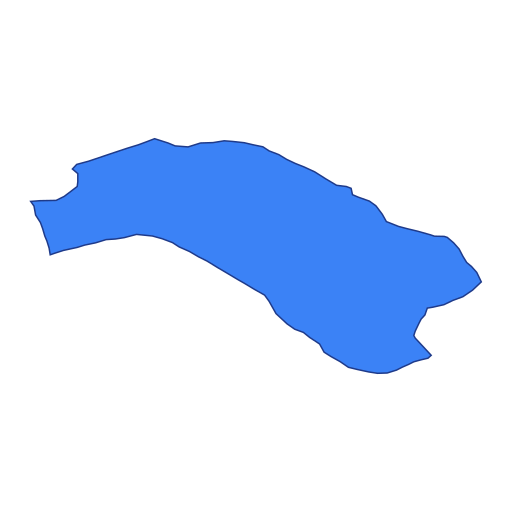 the district of Tyresö, Stockholm, Sweden
{"feature_id": "70781695B80728861937235", "entity_name": "Tyresö", "entity_type": "district", "adm_level": 2, "iso_a3": "SWE", "parent_name": "Sweden", "parent_adm1": "Stockholm", "projection": "natural_earth1", "projection_center": [18.293, 59.209], "detail": "fine", "context": "isolated", "style": "filled", "palette": "blue", "viewbox_px": 512, "rotation_deg": 0, "n_neighbors": 0, "source": "geoboundaries", "source_scale": "gbopen_adm2", "svg_char_len": 1583}
<svg xmlns="http://www.w3.org/2000/svg" viewBox="0 0 512 512"><path d="M431.2,355.3L415.2,338.1L413.8,335.5L415.2,331.2L419.0,323.2L421.1,319.1L424.9,315.0L427.3,308.1L432.8,307.2L443.9,304.7L452.9,300.4L462.9,296.7L472.6,290.1L481.3,281.9L479.2,277.5L476.8,272.5L471.6,266.6L466.7,262.5L462.9,256.3L459.1,249.0L453.6,242.8L447.3,237.4L444.2,236.4L434.5,236.2L430.4,234.8L417.6,231.2L407.2,228.7L398.5,226.4L386.4,221.6L382.3,214.3L376.0,205.9L369.4,201.1L358.4,197.2L352.5,194.7L351.1,188.3L346.3,186.5L336.6,185.3L325.5,178.7L314.8,171.9L304.0,166.9L295.4,163.5L286.7,159.4L278.8,154.6L269.1,150.9L262.9,146.8L253.2,144.8L244.2,142.7L232.1,141.4L224.2,140.8L213.0,142.6L200.5,143.0L188.1,146.9L175.1,145.9L168.1,143.0L154.6,138.7L147.0,141.6L138.4,144.8L127.0,148.3L110.8,153.7L88.6,161.2L76.7,164.4L72.7,168.7L72.4,169.0L77.8,173.6L77.8,181.8L77.2,186.5L64.2,196.4L56.1,200.4L39.9,200.7L30.7,201.4L31.0,201.8L34.0,206.1L35.6,215.0L40.4,222.5L42.6,228.5L44.8,236.0L46.9,241.0L49.1,248.1L50.2,254.8L54.5,253.3L63.5,250.4L77.3,247.4L84.6,245.1L95.7,242.8L106.1,239.6L115.4,239.0L124.4,237.6L136.5,234.4L152.4,236.0L162.1,238.7L172.5,242.6L179.1,246.9L189.5,251.5L198.5,256.8L207.1,261.1L217.5,267.5L227.5,273.4L237.9,279.6L244.2,283.2L254.5,289.4L264.6,295.1L269.1,301.3L276.0,313.6L287.1,323.9L294.7,329.2L303.4,332.4L309.6,337.4L319.6,344.0L324.1,352.2L331.1,356.6L340.1,361.6L348.4,367.3L357.0,369.4L368.5,371.9L377.5,373.3L387.2,373.0L396.5,370.1L402.4,367.1L408.6,364.4L413.8,361.8L421.1,359.8L428.0,358.2L431.2,355.3Z" fill="#3b82f6" stroke="#1e3a8a" stroke-width="1.5"/></svg>